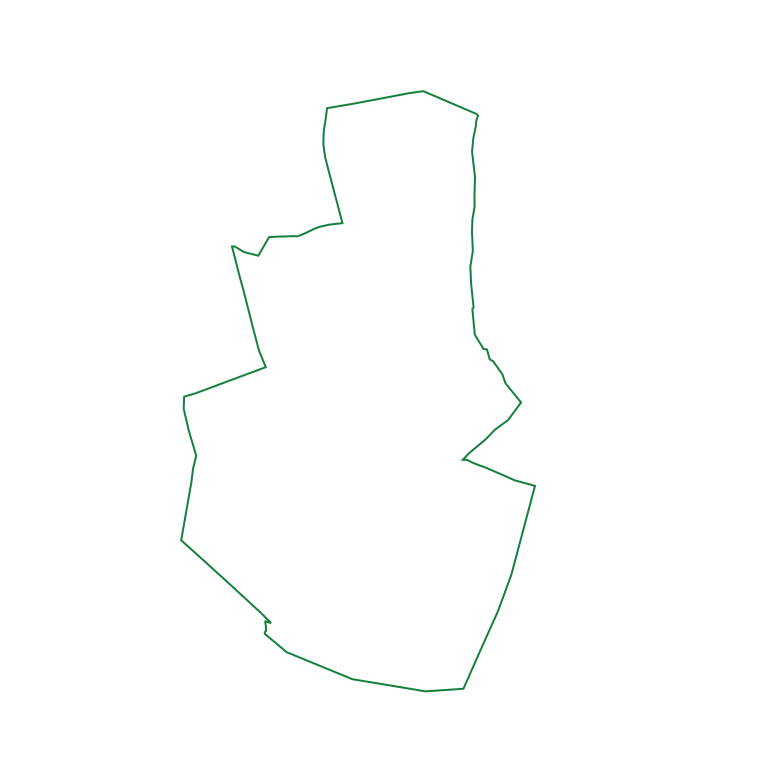 San Andrés Dinicuiti, Oaxaca, Mexico (orthographic projection), rotated 113°
{"feature_id": "50627088B73499438773717", "entity_name": "San Andrés Dinicuiti", "entity_type": "district", "adm_level": 2, "iso_a3": "MEX", "parent_name": "Mexico", "parent_adm1": "Oaxaca", "projection": "orthographic", "projection_center": [-97.707, 17.699], "detail": "fine", "context": "isolated", "style": "outline", "palette": "green", "viewbox_px": 768, "rotation_deg": 113, "n_neighbors": 0, "source": "geoboundaries", "source_scale": "gbopen_adm2", "svg_char_len": 1496}
<svg xmlns="http://www.w3.org/2000/svg" viewBox="0 0 768 768"><g transform="rotate(113 384 384)"><path d="M418.8,205.2L419.2,208.4L421.6,225.9L421.3,244.9L421.3,259.8L421.7,265.5L421.8,271.6L421.7,273.2L421.5,277.3L421.7,278.8L422.9,281.8L414.1,278.5L395.4,268.9L382.7,264.0L368.6,255.7L347.5,250.6L335.9,272.4L329.0,278.6L320.5,292.3L320.0,296.3L312.0,302.7L312.9,306.1L303.1,319.7L300.9,320.9L280.4,332.0L278.6,331.4L257.6,343.0L242.2,350.4L236.5,351.8L226.9,354.2L215.7,359.5L210.1,362.2L198.1,366.9L185.3,369.9L175.3,374.3L157.9,381.1L135.8,393.7L123.3,397.7L111.3,400.1L104.8,402.1L100.1,402.3L99.3,404.4L99.1,462.0L100.6,464.8L100.8,465.2L101.8,466.8L105.4,472.7L108.0,476.8L138.1,521.9L152.3,544.2L164.9,540.7L168.3,539.9L175.4,538.0L183.8,534.8L187.6,533.2L198.5,526.6L214.6,514.2L222.6,508.0L229.7,502.5L244.0,491.4L252.2,485.1L258.7,496.7L264.9,505.2L268.7,509.1L276.1,515.5L282.0,521.5L283.4,525.5L286.3,531.5L288.0,535.3L289.0,537.4L289.9,539.5L293.7,547.2L315.0,549.8L317.3,564.5L315.7,575.1L316.8,577.7L326.1,570.5L341.3,559.0L353.0,549.7L357.6,546.2L386.3,524.4L399.8,513.9L402.0,512.2L414.7,499.4L466.5,554.2L473.8,563.0L485.1,558.7L503.8,545.0L523.4,528.8L536.0,526.8L549.0,523.1L607.1,509.6L614.5,488.1L626.9,452.4L642.9,407.6L648.2,394.5L648.7,400.3L649.5,400.4L652.0,398.7L657.3,396.1L658.9,396.7L660.6,396.2L663.0,388.2L668.9,368.7L668.1,297.8L650.7,225.7L633.5,191.8L586.0,191.1L549.0,190.3L509.4,192.3L418.8,205.2Z" fill="none" stroke="#15803d" stroke-width="2"/></g></svg>